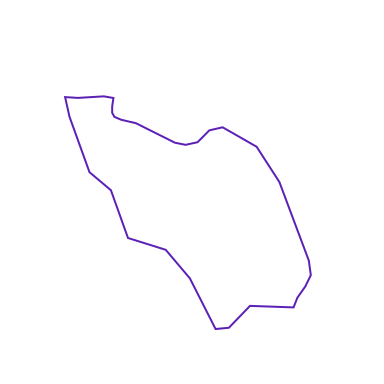 the Urban county of Sopron, rotated 51°
{"feature_id": "HUN-4904", "entity_name": "Sopron", "entity_type": "Urban county", "adm_level": 1, "iso_a3": "HUN", "parent_name": "Hungary", "parent_adm1": "", "projection": "natural_earth1", "projection_center": [16.553, 47.692], "detail": "fine", "context": "isolated", "style": "outline", "palette": "violet", "viewbox_px": 384, "rotation_deg": 51, "n_neighbors": 0, "source": "natural_earth", "source_scale": "10m", "svg_char_len": 528}
<svg xmlns="http://www.w3.org/2000/svg" viewBox="0 0 384 384"><g transform="rotate(51 192 192)"><path d="M197.5,113.3L239.2,117.8L318.9,144.4L331.4,152.0L336.7,163.4L340.5,176.7L345.6,185.7L317.0,218.6L320.7,248.8L313.3,259.9L257.8,248.0L220.4,248.8L187.5,270.7L139.6,253.9L112.1,259.2L56.3,239.8L38.4,230.9L47.1,221.4L62.2,200.3L69.5,193.9L75.3,200.2L80.2,204.2L84.8,205.0L91.4,201.5L103.2,192.3L142.9,174.3L151.3,167.3L156.8,156.4L155.0,139.7L161.0,127.5L197.5,113.3Z" fill="none" stroke="#5b21b6" stroke-width="2"/></g></svg>